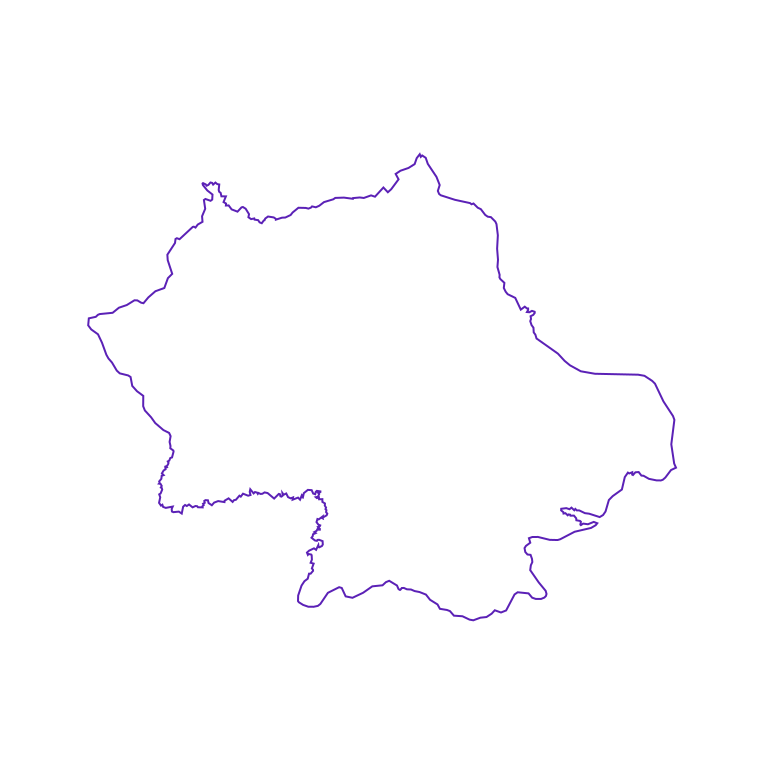 the district of Makham, Chanthaburi, Thailand, rotated 100°
{"feature_id": "78962969B16379000118179", "entity_name": "Makham", "entity_type": "district", "adm_level": 2, "iso_a3": "THA", "parent_name": "Thailand", "parent_adm1": "Chanthaburi", "projection": "mercator", "projection_center": [102.241, 12.738], "detail": "fine", "context": "isolated", "style": "outline", "palette": "violet", "viewbox_px": 768, "rotation_deg": 100, "n_neighbors": 0, "source": "geoboundaries", "source_scale": "gbopen_adm2", "svg_char_len": 6156}
<svg xmlns="http://www.w3.org/2000/svg" viewBox="0 0 768 768"><g transform="rotate(100 384 384)"><path d="M151.5,388.7L155.9,391.0L162.1,392.0L167.0,397.4L171.1,404.8L175.1,409.0L179.9,405.2L190.9,410.7L194.5,413.5L190.6,418.7L201.1,425.4L200.5,429.5L204.3,436.2L204.5,440.2L206.3,446.8L207.0,446.8L207.4,455.8L209.2,464.3L210.9,466.0L215.3,474.7L219.7,478.7L221.8,481.8L221.6,485.7L223.0,486.6L224.4,488.9L224.2,491.6L225.3,498.9L231.0,503.8L233.8,505.3L237.2,510.1L237.9,513.3L240.9,519.0L240.2,519.1L239.1,521.5L239.2,527.3L241.7,529.7L243.5,530.1L243.8,530.8L246.9,532.3L246.4,534.6L244.5,536.4L244.6,540.0L243.5,540.5L244.7,543.5L243.3,546.5L240.2,546.4L235.4,550.7L234.2,553.7L234.8,555.0L239.7,558.2L238.5,564.4L235.1,568.0L235.7,570.7L233.7,570.9L232.7,573.6L226.7,572.3L227.4,576.7L224.1,578.1L223.3,579.7L221.6,580.5L216.1,580.9L216.1,582.9L214.9,585.0L217.3,586.9L215.8,588.2L215.7,589.9L218.4,591.5L219.5,593.1L218.4,594.2L217.6,597.1L218.1,597.5L219.5,596.9L224.1,591.6L227.2,585.8L232.2,585.2L233.7,586.6L232.8,592.0L234.1,593.3L242.5,590.5L250.4,592.3L255.8,590.9L259.3,595.1L262.7,596.8L262.1,598.6L262.5,599.6L276.9,610.5L276.4,613.3L277.4,614.5L281.4,614.3L294.3,619.8L299.6,618.5L312.3,611.7L317.3,615.2L327.6,617.0L332.3,625.2L339.6,631.1L346.2,634.9L346.1,637.3L344.5,641.4L344.9,644.3L350.9,651.0L354.9,658.3L361.0,663.6L364.5,676.1L365.5,677.7L367.9,679.5L370.6,686.1L377.6,685.5L381.1,681.8L384.7,674.3L392.3,668.9L403.4,662.5L406.7,659.8L410.1,655.6L417.2,649.5L419.4,646.1L420.0,637.4L421.1,634.8L429.6,631.6L434.0,626.0L437.5,619.0L447.7,617.3L451.6,614.9L457.2,607.6L462.2,602.5L467.7,593.2L469.5,587.1L472.4,585.1L478.3,585.1L482.1,583.5L484.4,583.3L486.1,579.9L487.1,579.5L493.1,580.0L494.0,581.6L496.8,582.2L497.8,583.5L499.1,582.5L500.4,582.7L502.3,583.4L503.1,584.7L503.8,583.6L504.4,584.8L505.9,584.3L507.4,586.0L510.6,587.2L512.0,585.2L513.0,587.0L516.0,586.8L519.0,588.5L520.5,587.7L521.2,588.2L521.2,586.7L523.0,585.2L524.7,585.8L525.0,584.8L526.5,584.1L530.6,585.0L531.7,586.2L534.4,584.7L540.1,584.9L542.5,582.5L541.4,581.3L543.4,580.2L543.9,577.4L541.4,570.8L543.9,571.4L546.4,570.7L546.8,569.2L545.3,563.9L546.7,560.7L539.7,560.5L537.7,558.9L538.4,557.0L536.5,555.1L538.7,551.1L536.9,548.5L536.8,546.8L537.7,545.8L537.0,541.2L536.0,541.6L534.5,540.5L533.4,541.4L532.1,539.9L530.4,540.7L529.4,539.7L529.1,537.2L531.7,536.1L533.3,532.5L530.3,530.7L528.1,527.0L528.0,520.6L526.6,520.7L523.6,517.2L526.4,512.6L524.5,511.6L523.7,509.7L519.1,507.0L519.8,505.5L516.5,503.8L517.6,498.4L516.5,496.2L513.6,497.5L510.9,497.4L514.4,493.4L512.8,492.3L513.0,490.1L514.1,489.2L513.1,488.7L513.7,486.4L513.2,484.7L511.5,482.8L511.6,479.7L515.9,472.3L510.5,468.5L510.6,467.4L512.6,466.5L512.7,465.4L511.5,464.4L509.0,465.1L510.5,463.6L508.8,461.3L512.1,458.8L512.8,456.0L511.5,453.9L513.8,453.9L510.8,448.9L512.5,446.6L507.7,445.6L508.1,445.1L509.6,445.4L509.9,444.2L505.4,444.0L501.5,440.6L501.1,436.8L504.2,434.7L504.5,432.6L502.1,432.5L500.9,431.6L500.8,428.0L501.4,427.9L502.6,430.0L503.6,428.7L506.5,429.5L507.3,431.5L508.0,430.3L507.0,428.4L508.8,427.9L508.1,424.7L510.8,424.2L511.9,421.4L514.0,421.2L515.8,419.6L517.4,419.9L518.2,418.8L520.2,418.8L521.6,417.3L523.3,417.7L526.3,421.3L527.0,421.0L526.8,421.8L525.3,421.6L528.7,424.8L528.5,426.1L531.7,426.5L533.9,424.2L534.3,422.3L535.1,422.5L536.2,424.2L537.8,422.0L538.6,421.9L538.8,423.1L538.1,424.2L540.3,424.9L541.9,426.9L542.7,425.4L544.3,427.8L546.3,427.8L548.0,428.7L550.1,424.8L550.1,422.8L549.1,422.4L548.7,420.9L549.4,417.2L552.7,416.4L554.3,417.0L556.1,419.4L556.0,420.1L554.1,420.7L559.1,422.1L558.0,424.4L561.1,428.8L563.4,430.6L565.5,429.3L564.5,428.7L564.6,426.0L565.2,425.5L569.5,424.5L572.8,425.2L573.1,422.1L578.2,423.0L579.1,421.8L580.3,421.4L583.5,423.3L583.8,424.9L589.0,425.3L592.0,428.1L596.8,430.2L607.2,431.8L612.7,431.0L613.7,430.0L615.6,425.3L616.5,419.8L615.6,414.6L614.0,410.6L611.7,408.5L599.4,403.0L591.9,392.9L592.2,390.2L599.8,384.9L600.0,377.9L593.2,368.3L585.3,360.4L582.5,350.5L578.8,347.7L576.9,344.7L580.2,336.2L583.3,334.2L584.0,332.9L583.9,332.2L581.8,331.0L581.4,329.0L582.2,325.8L581.7,321.7L582.6,317.9L582.7,312.9L584.1,306.1L588.5,301.2L591.8,293.0L595.7,289.9L595.6,282.8L596.2,279.6L600.0,274.9L599.1,266.4L601.2,258.8L601.2,255.0L597.4,248.5L595.7,242.6L591.5,238.1L587.6,235.6L588.7,229.1L585.8,224.4L568.6,218.9L565.9,216.2L565.1,205.3L568.7,201.0L569.3,197.3L568.4,192.0L566.5,189.0L564.6,187.7L562.5,187.5L559.6,188.9L552.5,197.2L541.9,207.7L537.0,207.9L533.6,207.0L530.5,207.9L526.8,210.0L527.0,213.1L524.9,215.7L521.2,217.1L518.8,216.1L514.9,212.4L510.7,214.5L508.9,211.3L507.9,205.8L508.7,193.7L507.5,185.9L506.3,183.5L496.4,170.6L489.8,155.1L486.3,151.0L484.1,149.8L483.4,153.5L486.7,158.8L486.9,163.6L488.8,165.6L488.4,166.2L485.4,166.2L484.8,167.2L484.8,170.9L482.9,171.4L480.6,174.1L481.3,177.5L480.4,178.0L480.4,179.6L481.4,180.3L479.7,182.9L480.4,184.7L479.1,185.1L477.7,187.6L476.1,187.8L474.6,182.9L475.1,179.6L473.2,177.9L475.3,174.7L473.8,173.9L475.0,172.2L474.6,169.7L476.3,163.7L476.1,159.5L477.6,148.5L475.0,145.5L471.1,143.7L459.2,142.4L454.7,139.3L446.6,131.4L433.9,130.7L428.9,128.4L429.5,127.0L427.8,124.2L430.1,123.9L430.4,123.0L427.3,121.1L426.5,117.9L429.5,114.6L429.3,112.5L431.4,106.6L431.6,98.8L430.9,94.6L429.9,92.8L427.3,90.7L418.9,86.4L415.7,81.9L412.0,84.4L393.5,90.6L368.9,91.8L365.4,93.8L352.6,105.8L336.6,117.2L334.4,120.4L330.7,128.9L330.7,135.3L337.3,178.1L337.3,192.4L333.3,204.1L329.9,210.1L323.9,218.0L312.7,241.7L309.1,243.5L307.2,245.5L302.6,246.6L300.4,248.9L296.7,250.9L294.4,250.5L291.8,251.4L290.0,249.0L287.8,247.9L286.7,248.2L286.3,251.0L288.1,253.3L288.3,255.7L286.1,254.9L284.6,255.2L284.8,256.3L283.4,258.8L287.0,262.2L276.4,269.7L274.1,277.8L272.0,280.2L268.6,282.7L263.5,283.0L260.5,287.6L259.0,288.8L256.4,289.1L249.1,292.6L241.9,293.3L231.1,296.1L217.8,297.7L207.0,301.0L204.7,302.6L201.1,307.7L201.2,310.9L199.9,313.7L195.0,319.0L194.1,322.3L190.7,327.2L191.8,329.0L190.9,330.7L190.3,346.1L188.3,360.8L187.3,362.7L184.5,364.5L178.4,363.7L170.9,368.3L159.6,379.1L154.0,382.2L152.3,386.1L153.9,387.2L151.5,388.7Z" fill="none" stroke="#5b21b6" stroke-width="2"/></g></svg>